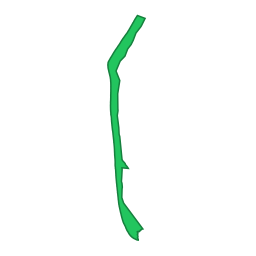 outline of La Costa, Buenos Aires, Argentina, rotated 179°
{"feature_id": "61730980B5067037374501", "entity_name": "La Costa", "entity_type": "district", "adm_level": 2, "iso_a3": "ARG", "parent_name": "Argentina", "parent_adm1": "Buenos Aires", "projection": "mercator", "projection_center": [-56.711, -36.664], "detail": "fine", "context": "isolated", "style": "filled", "palette": "green", "viewbox_px": 256, "rotation_deg": 179, "n_neighbors": 0, "source": "geoboundaries", "source_scale": "gbopen_adm2", "svg_char_len": 5522}
<svg xmlns="http://www.w3.org/2000/svg" viewBox="0 0 256 256"><g transform="rotate(179 128 128)"><path d="M116.6,240.3L117.2,239.5L117.5,238.9L117.8,238.6L117.9,238.3L118.1,238.1L118.5,237.5L118.7,237.2L118.8,237.0L119.0,236.8L119.2,236.4L119.3,236.2L119.9,235.2L120.3,234.6L120.3,234.4L120.8,233.5L121.1,233.3L121.4,232.6L121.6,232.4L121.7,232.1L121.9,231.8L122.0,231.7L122.2,231.3L122.4,230.9L122.5,230.8L122.7,230.5L122.8,230.3L123.3,229.5L123.4,229.3L123.8,228.7L124.1,228.1L124.3,227.8L124.3,227.7L124.5,227.4L124.9,226.9L125.2,226.2L125.5,225.8L125.8,225.4L126.0,225.1L126.3,224.6L126.7,223.9L126.9,223.6L127.3,223.0L128.5,221.5L128.8,221.1L129.1,220.6L129.3,220.5L129.4,220.3L129.5,220.1L129.7,219.8L129.9,219.6L130.1,219.3L130.3,219.0L130.5,218.8L130.6,218.6L131.1,218.0L131.1,217.9L131.5,217.5L131.6,217.3L131.9,216.9L132.0,216.6L132.2,216.3L132.5,216.1L132.8,215.6L133.0,215.3L133.2,214.9L133.7,214.2L133.9,213.9L134.0,213.7L134.5,212.8L135.3,211.7L135.6,211.2L136.6,209.9L137.4,208.6L137.7,208.3L137.9,207.9L138.1,207.6L138.4,207.3L138.9,206.7L139.1,206.3L139.5,205.8L139.6,205.6L139.7,205.4L139.9,205.1L140.0,205.0L140.1,204.7L140.5,204.3L141.1,203.3L141.3,203.0L142.1,201.7L142.3,201.4L142.4,201.2L142.6,200.8L143.4,199.6L143.6,199.3L143.7,199.1L143.9,198.9L144.0,198.6L144.2,198.4L144.3,198.3L144.4,198.0L144.5,197.9L145.1,196.8L145.4,196.3L145.5,196.2L145.7,195.8L146.0,195.3L146.3,194.8L146.4,194.5L146.5,194.4L146.6,194.0L146.8,193.6L146.8,193.2L146.9,192.4L147.0,192.0L146.9,191.6L147.0,191.3L147.0,191.2L147.0,190.9L147.0,190.4L146.9,190.3L146.9,190.1L146.9,189.8L146.9,188.9L146.8,188.3L146.8,188.0L146.7,187.5L146.6,187.0L146.3,185.7L146.2,185.2L146.1,184.8L146.1,184.4L146.0,184.1L145.8,183.5L145.8,183.2L145.6,182.7L145.6,182.4L145.4,181.5L145.2,180.7L145.0,179.8L144.9,179.3L144.9,179.2L144.8,178.7L144.7,177.6L144.6,177.4L144.6,177.2L144.6,176.8L144.5,175.4L144.5,174.8L144.4,173.7L144.4,171.8L144.4,169.7L144.5,169.4L144.4,168.7L144.5,166.8L144.5,166.5L144.5,165.7L144.5,165.4L144.5,165.0L144.6,163.5L144.6,163.1L144.6,162.5L144.7,161.3L144.7,161.0L144.7,160.7L144.7,160.3L144.7,159.4L144.7,159.1L144.8,157.3L144.8,156.6L144.9,155.3L144.9,155.1L145.0,154.3L145.0,153.4L145.0,151.9L145.1,151.6L145.1,150.1L145.1,148.9L145.1,148.1L145.1,147.3L145.1,147.1L145.1,146.7L145.0,144.4L144.9,143.9L144.9,142.7L144.9,142.3L144.9,142.0L144.9,141.9L144.9,141.7L144.8,141.3L144.8,141.1L144.7,140.7L144.5,139.5L144.4,138.0L144.4,136.6L144.3,135.9L144.3,135.1L144.1,132.6L144.0,131.9L144.0,131.1L143.9,130.3L143.8,128.9L143.7,127.9L143.6,126.7L143.5,126.2L143.5,125.8L143.3,124.9L143.1,122.7L143.1,122.3L143.0,121.2L142.9,120.3L142.9,120.0L142.7,118.1L142.7,117.6L142.6,117.2L142.6,116.8L142.4,114.7L142.4,114.4L142.4,113.5L142.3,113.2L142.2,111.8L142.2,111.5L142.1,110.5L142.0,108.9L141.9,106.8L141.9,106.3L141.9,105.8L141.9,105.2L141.8,104.5L141.9,104.2L141.8,103.7L141.8,103.2L141.8,101.6L141.8,101.4L141.8,101.2L141.8,100.9L141.7,100.4L141.6,98.5L141.6,98.2L141.5,97.3L141.4,93.5L141.5,93.2L141.4,92.8L141.5,92.1L141.5,90.4L141.3,88.8L141.3,87.6L141.1,86.8L141.0,83.9L141.0,83.6L141.0,83.4L140.9,82.3L140.9,82.2L140.9,81.3L140.9,80.3L140.8,79.6L140.8,79.0L140.8,78.6L140.7,77.7L140.7,77.2L140.6,76.6L140.6,76.2L140.6,75.8L140.5,75.3L140.5,74.8L140.5,74.5L140.4,73.2L140.2,71.7L140.1,69.7L139.9,68.3L139.9,67.6L139.8,66.9L139.8,66.2L139.7,65.8L139.7,65.5L139.6,64.9L139.6,64.1L139.6,63.6L139.5,62.9L139.4,62.5L139.2,59.7L139.1,59.3L139.1,58.4L139.0,57.7L139.0,57.3L139.0,57.0L138.9,56.3L138.9,56.0L138.8,55.7L138.7,54.3L138.7,53.9L138.6,53.4L138.6,53.1L138.5,52.7L138.5,52.4L138.5,52.2L138.4,51.6L138.2,50.6L138.2,50.3L138.1,49.7L138.0,49.2L137.9,49.0L137.9,48.8L137.8,48.2L137.7,47.8L137.5,46.8L137.4,46.3L137.3,45.8L136.9,43.7L136.6,42.7L136.5,42.2L136.4,41.6L136.2,40.7L136.1,40.3L136.0,39.8L135.9,39.4L135.5,37.8L135.1,36.3L135.0,35.9L134.7,35.1L134.6,34.5L134.5,34.2L134.0,33.0L133.9,32.7L133.6,32.2L133.3,31.5L133.0,30.9L132.6,30.1L132.0,28.7L131.8,27.9L131.5,27.4L131.3,26.8L131.0,26.2L130.8,25.6L130.4,25.0L130.3,24.8L130.0,24.3L129.8,24.1L129.7,24.0L129.6,23.7L129.4,23.2L129.1,22.8L128.9,22.4L128.8,22.1L128.4,21.7L128.2,21.3L127.7,20.7L127.4,20.2L127.1,20.1L126.9,19.9L126.8,19.6L126.3,19.2L125.9,18.8L124.7,17.9L124.2,17.6L123.8,17.3L123.2,17.1L122.7,16.8L121.7,16.3L121.4,16.1L119.9,15.7L119.7,15.7L119.7,15.8L119.7,16.2L119.7,16.3L119.8,16.3L119.8,16.7L119.9,17.0L120.0,17.1L120.4,17.8L120.5,18.0L120.3,18.4L120.2,18.4L120.0,18.7L120.0,18.8L120.0,19.1L120.0,19.8L120.1,20.1L120.2,20.3L120.3,20.5L120.2,20.6L120.2,20.9L120.3,21.0L120.2,21.1L120.3,21.3L120.4,21.5L120.1,21.8L120.0,22.0L120.0,22.3L120.0,22.6L120.2,22.8L120.3,22.9L120.3,23.0L120.5,24.2L119.7,24.4L119.3,24.2L119.2,24.0L118.8,24.1L118.7,24.3L118.3,24.4L118.3,24.6L118.2,24.6L117.9,24.9L117.8,25.0L117.7,25.1L117.5,25.3L117.4,25.4L117.5,25.5L117.3,25.7L117.1,25.9L116.9,25.9L116.8,26.0L116.7,26.1L116.4,26.3L116.3,26.2L116.2,26.3L116.1,26.5L115.8,26.7L115.7,26.8L115.4,26.7L114.9,26.8L133.7,53.0L135.3,58.2L135.4,58.8L135.0,67.3L134.7,68.9L135.0,72.9L135.4,74.2L135.5,74.9L135.2,78.0L134.6,86.6L134.7,88.3L128.4,87.6L128.5,87.8L129.9,89.9L130.5,90.5L131.3,91.7L131.4,92.3L132.2,93.5L133.5,94.8L134.3,96.2L134.5,96.3L136.4,119.7L137.0,121.7L137.2,128.5L138.5,140.6L137.7,145.5L137.8,147.5L137.7,162.4L135.4,175.6L136.7,179.0L139.0,185.2L134.7,195.0L129.8,199.9L126.9,207.1L123.5,211.3L121.3,215.5L118.6,222.3L118.4,222.8L113.5,228.9L112.8,230.0L109.0,237.3L116.6,240.3Z" fill="#22c55e" stroke="#15803d" stroke-width="1.5"/></g></svg>